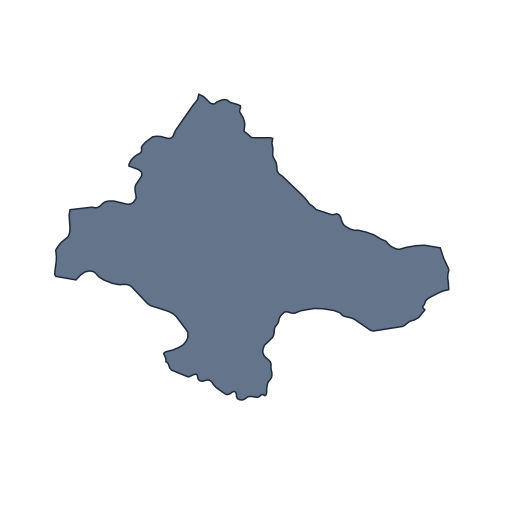 Dzavhan, Natural Earth projection, rotated 195°
{"feature_id": "MNG-3318", "entity_name": "Dzavhan", "entity_type": "Province", "adm_level": 1, "iso_a3": "MNG", "parent_name": "Mongolia", "parent_adm1": "", "projection": "natural_earth1", "projection_center": [96.384, 48.303], "detail": "fine", "context": "isolated", "style": "filled", "palette": "slate", "viewbox_px": 512, "rotation_deg": 195, "n_neighbors": 0, "source": "natural_earth", "source_scale": "10m", "svg_char_len": 4240}
<svg xmlns="http://www.w3.org/2000/svg" viewBox="0 0 512 512"><g transform="rotate(195 256 256)"><path d="M234.2,112.9L236.8,113.3L238.4,115.1L239.2,117.4L240.3,119.1L241.9,119.6L243.7,118.5L244.4,117.4L245.2,116.5L246.1,115.7L247.1,115.1L248.0,114.7L249.0,114.6L250.0,114.8L250.9,115.1L251.0,115.1L260.6,118.7L263.6,120.6L266.3,123.0L267.8,123.7L269.5,124.0L271.2,123.5L274.4,121.6L276.1,121.0L278.0,121.0L279.3,121.5L280.3,122.6L281.2,124.5L282.2,126.0L283.3,126.3L284.5,125.9L285.9,125.0L289.4,122.0L290.8,121.7L308.2,123.9L310.5,125.7L312.9,129.2L313.9,130.0L315.7,130.6L315.7,131.0L315.9,131.7L316.2,132.6L316.6,133.5L317.1,134.3L319.5,137.3L319.9,138.2L319.3,139.2L317.9,140.4L312.1,143.6L307.0,147.6L303.8,150.9L303.0,152.1L302.1,154.0L301.6,155.3L300.9,157.9L300.9,159.8L301.0,161.2L302.0,164.3L303.7,166.2L317.3,176.8L320.6,178.6L325.9,179.8L338.2,180.5L344.9,180.7L348.7,182.1L368.6,194.3L370.1,194.9L373.1,195.1L377.3,194.1L379.4,193.3L381.2,192.8L387.6,192.4L396.6,193.4L401.3,194.8L403.7,196.0L406.5,197.9L408.0,198.5L409.4,198.8L411.9,198.6L413.6,198.2L417.3,196.2L420.7,192.0L423.7,186.3L444.0,184.5L445.2,185.5L445.7,186.6L446.2,188.5L447.5,198.7L448.6,203.6L450.2,207.9L450.9,209.5L450.8,210.6L449.6,214.4L448.6,216.8L447.5,218.9L442.9,225.4L442.4,226.5L442.2,227.8L442.1,229.6L442.3,232.1L443.0,235.1L447.1,247.1L447.6,252.6L427.4,260.6L423.6,261.0L421.6,261.8L419.7,263.5L417.5,267.4L415.6,269.4L412.7,270.9L407.7,272.3L393.9,272.7L392.0,273.2L390.4,273.9L389.2,275.1L388.3,276.2L386.7,280.5L387.3,282.6L389.6,287.6L390.5,290.5L390.7,292.8L390.3,294.6L387.5,302.6L387.3,304.5L387.6,306.1L388.4,307.4L390.5,308.5L392.3,309.1L402.0,310.0L402.2,310.7L402.3,311.3L402.3,312.2L401.9,314.5L401.5,315.9L400.7,317.7L399.6,319.7L397.6,322.4L394.8,325.1L393.9,326.5L393.8,328.4L394.4,329.9L394.8,331.7L393.9,334.1L392.1,337.5L386.7,344.4L382.9,346.0L378.8,346.8L372.6,346.8L370.3,347.1L368.4,348.1L367.3,349.8L366.9,352.1L366.6,354.7L366.0,357.2L356.0,385.0L353.3,391.0L352.9,392.8L353.1,397.5L347.8,396.4L342.9,393.7L339.8,391.8L336.9,391.8L335.8,392.1L335.3,392.3L334.9,392.7L334.1,394.1L333.5,394.8L330.0,397.5L327.7,398.7L326.7,399.0L325.0,399.1L324.2,399.1L323.5,399.0L321.9,398.1L320.9,397.8L320.4,397.7L313.3,397.6L310.0,397.1L309.7,396.3L309.3,395.1L309.5,392.2L308.9,390.9L304.3,386.3L302.4,383.6L301.1,380.9L300.6,378.7L299.9,373.4L294.3,371.0L292.0,369.6L289.7,369.4L272.6,374.0L270.3,373.9L269.8,369.0L268.8,367.1L267.3,363.6L266.0,357.7L264.6,355.6L260.7,351.4L259.2,348.3L257.8,344.0L256.8,342.9L255.4,341.5L253.2,340.5L252.2,340.3L250.4,339.5L226.5,326.3L222.1,323.5L218.0,320.1L217.3,319.8L215.2,319.2L212.9,318.2L210.2,316.4L193.5,315.5L191.6,316.2L188.9,317.7L186.6,317.3L185.4,316.5L184.7,315.8L183.9,314.8L183.1,313.2L181.9,311.6L180.5,309.9L179.3,308.7L177.3,307.8L171.7,306.3L169.7,306.4L167.7,306.3L167.1,306.4L164.6,307.2L163.5,307.4L155.9,307.6L147.2,306.9L139.5,304.6L135.0,304.0L134.3,303.8L133.5,303.4L131.4,301.8L129.7,300.9L126.9,299.9L123.4,299.3L121.2,299.2L119.2,299.6L113.0,303.3L104.3,307.3L96.1,310.0L80.1,311.6L74.4,302.7L66.6,293.4L66.0,291.8L66.0,289.5L65.8,287.2L65.1,284.2L63.7,281.1L61.1,273.4L65.9,270.8L69.3,268.3L77.2,261.2L79.4,258.6L80.4,256.7L80.6,256.2L80.7,255.4L80.7,253.9L80.8,253.1L80.9,252.5L81.3,251.7L81.4,251.4L81.6,251.1L81.7,250.9L81.8,250.5L81.7,249.9L81.6,249.6L80.8,248.9L78.9,247.6L82.9,238.7L86.3,235.3L89.0,233.8L91.3,231.9L94.3,227.7L96.0,226.0L123.2,213.9L126.0,213.8L144.5,220.3L147.3,220.8L155.2,220.6L157.1,221.0L160.0,222.7L160.4,222.9L166.4,223.5L177.5,222.4L186.1,220.4L194.1,216.8L198.7,214.6L203.8,210.7L206.6,210.1L211.9,210.1L214.0,209.2L216.4,205.3L217.4,202.2L217.4,201.3L217.2,198.6L217.5,196.8L218.1,195.0L219.1,192.9L219.3,191.0L219.1,188.8L218.6,186.5L218.5,183.8L219.1,181.3L224.8,171.9L225.1,167.4L224.6,165.0L223.8,163.6L222.6,162.0L221.0,160.8L217.0,158.9L215.1,157.8L214.0,156.4L213.5,155.4L212.7,152.1L212.0,150.3L210.4,147.2L209.7,144.6L209.6,142.5L210.2,140.6L211.5,137.7L211.7,137.1L211.7,136.7L211.8,135.4L211.4,131.0L210.5,127.4L210.3,124.7L211.5,123.3L213.0,123.9L214.3,123.7L215.3,122.7L217.0,120.5L218.4,119.8L224.7,119.0L227.3,118.0L229.7,115.1L231.6,113.5L234.2,112.9Z" fill="#64748b" stroke="#1e293b" stroke-width="1.5"/></g></svg>